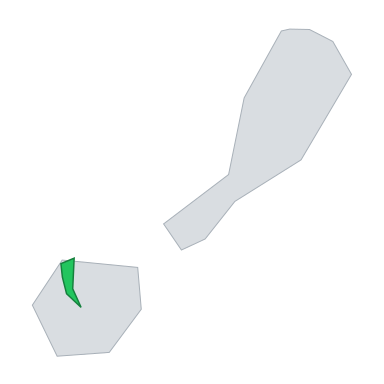 location of Saint Paul Charlestown within Saint Kitts and Nevis, rotated 88°
{"feature_id": "KNA-5108", "entity_name": "Saint Paul Charlestown", "entity_type": "Parish", "adm_level": 1, "iso_a3": "KNA", "parent_name": "Saint Kitts and Nevis", "parent_adm1": "", "projection": "mercator", "projection_center": [-62.607, 17.137], "detail": "fine", "context": "in_parent", "style": "filled", "palette": "green", "viewbox_px": 384, "rotation_deg": 88, "n_neighbors": 0, "source": "natural_earth", "source_scale": "10m", "svg_char_len": 545}
<svg xmlns="http://www.w3.org/2000/svg" viewBox="0 0 384 384"><g transform="rotate(88 192 192)"><path d="M249.6,204.6L222.9,221.5L175.8,154.8L99.8,136.6L34.2,97.1L32.6,88.7L33.7,68.9L46.5,46.0L80.0,28.5L163.7,81.9L202.9,149.5L239.4,180.5L249.6,204.6ZM351.4,332.5L299.5,355.5L255.5,324.1L265.5,248.9L307.4,246.8L349.4,280.3L351.4,332.5Z" fill="#d9dde1" stroke="#a8b0b8" stroke-width="1"/><path d="M259.0,325.5L254.0,312.1L284.6,314.6L303.4,306.9L289.3,320.9L272.5,324.5L259.0,325.5Z" fill="#22c55e" stroke="#15803d" stroke-width="1.5"/></g></svg>